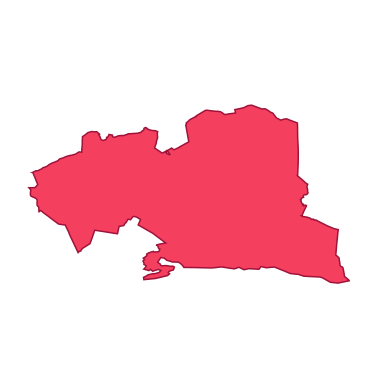 the district of Smiltenes pag., Smiltenes, Latvia, rotated 184°
{"feature_id": "27541924B96099783973372", "entity_name": "Smiltenes pag.", "entity_type": "district", "adm_level": 2, "iso_a3": "LVA", "parent_name": "Latvia", "parent_adm1": "Smiltenes", "projection": "robinson", "projection_center": [25.881, 57.456], "detail": "fine", "context": "isolated", "style": "filled", "palette": "rose", "viewbox_px": 384, "rotation_deg": 184, "n_neighbors": 0, "source": "geoboundaries", "source_scale": "gbopen_adm2", "svg_char_len": 5909}
<svg xmlns="http://www.w3.org/2000/svg" viewBox="0 0 384 384"><g transform="rotate(184 192 192)"><path d="M301.4,123.6L300.4,124.8L298.9,125.4L299.0,125.6L298.8,125.9L298.5,126.4L298.2,126.8L297.6,127.7L297.6,127.9L290.2,133.3L289.3,136.3L286.8,145.3L286.5,147.1L276.9,146.3L263.5,145.1L263.4,145.3L262.3,152.6L257.9,153.7L257.7,153.8L256.3,156.6L255.7,156.8L254.0,160.3L253.7,160.4L251.4,160.0L249.4,163.0L248.2,163.6L245.4,163.1L241.4,161.0L243.4,155.4L228.3,148.1L214.7,139.3L220.8,137.7L224.2,136.5L223.5,136.4L222.5,135.8L222.1,135.3L221.6,133.8L221.2,133.2L220.1,132.9L220.6,131.1L220.9,130.5L221.3,130.1L221.6,130.0L224.9,129.6L226.5,129.6L226.6,130.0L229.5,129.0L230.1,128.5L231.0,128.3L232.9,126.9L232.4,125.6L233.7,124.4L233.7,124.1L234.3,123.9L235.2,123.1L236.0,122.6L234.7,121.4L236.1,119.7L234.8,117.4L234.9,116.4L232.6,115.3L233.0,113.9L234.2,112.2L234.7,111.7L229.5,110.6L228.2,111.9L225.6,110.2L224.0,111.0L220.0,112.4L217.5,111.5L218.8,109.9L219.6,109.3L223.4,107.9L225.3,107.8L230.1,106.3L231.6,105.1L234.4,103.5L233.9,101.2L222.3,103.2L210.6,106.9L208.7,108.8L210.1,109.7L209.3,111.2L206.7,112.4L205.2,112.9L204.8,113.9L204.4,115.8L204.8,115.8L205.0,116.2L205.4,116.5L206.3,116.7L207.4,116.4L207.8,116.4L212.7,116.8L216.9,116.3L217.3,116.3L217.7,116.4L218.7,117.9L219.7,118.6L220.4,118.9L220.8,119.2L221.3,119.5L218.6,124.4L215.0,124.1L212.6,122.2L209.5,121.5L208.3,121.3L207.1,120.8L200.5,121.1L197.9,119.4L196.7,118.4L195.4,117.0L194.9,116.2L184.2,116.8L169.0,117.5L165.6,117.8L157.6,119.3L147.1,118.5L144.6,118.3L142.8,118.9L140.4,120.0L139.9,120.1L139.5,120.0L134.7,118.1L130.2,119.4L129.5,119.5L119.9,119.6L119.6,119.8L118.3,122.1L117.7,122.4L112.6,121.6L104.6,122.9L94.0,119.5L88.3,117.5L79.9,117.2L74.5,115.8L63.9,116.0L58.7,116.1L57.6,116.0L55.9,115.5L54.2,114.7L47.7,111.6L40.0,111.3L29.0,114.4L29.3,115.0L30.1,115.6L30.6,115.9L31.0,116.3L32.4,117.3L33.5,118.0L34.0,118.6L35.4,124.5L35.8,125.6L36.0,126.7L36.4,127.3L37.0,127.7L38.2,128.1L38.8,128.5L39.0,128.8L39.3,129.6L39.4,130.0L39.4,130.3L39.6,130.9L39.5,131.2L40.7,135.9L40.6,136.2L40.8,136.6L41.3,137.0L44.2,139.3L44.1,143.0L44.0,151.1L43.8,155.0L43.7,161.0L43.5,164.7L47.6,165.3L54.7,167.7L64.5,171.8L66.0,172.6L66.5,172.7L67.5,172.4L68.0,172.4L68.3,172.7L68.3,172.9L68.4,173.1L68.7,173.3L69.8,173.3L70.8,173.0L71.6,173.7L72.3,174.1L73.7,174.5L74.0,174.5L74.4,174.7L74.8,174.7L75.1,174.9L75.4,174.8L76.4,175.0L76.7,174.9L77.2,175.1L79.0,175.3L79.7,175.2L80.2,175.4L80.3,175.8L80.7,175.7L81.2,176.0L80.8,176.1L80.7,176.2L80.6,176.4L78.8,181.4L76.9,185.9L76.9,186.2L76.9,186.5L77.1,186.6L77.9,186.8L79.2,186.1L79.7,186.0L80.1,186.1L80.4,186.3L80.5,186.6L80.5,187.0L80.3,187.1L80.1,187.1L80.1,186.8L79.8,186.8L79.7,186.9L79.9,187.4L80.3,187.3L80.6,187.4L80.6,187.7L81.4,188.2L81.8,188.6L81.9,189.0L82.2,189.3L82.3,190.0L82.5,190.1L82.8,190.5L82.6,191.2L82.6,191.4L82.7,191.6L83.0,191.7L83.3,192.0L82.4,192.7L82.3,193.0L82.4,193.5L81.1,194.1L80.3,194.6L80.7,195.3L80.6,196.1L80.3,196.6L79.9,197.0L79.4,197.2L78.0,197.2L77.7,197.4L77.6,197.6L77.2,197.7L76.5,198.5L76.2,199.5L76.8,200.8L76.8,202.4L77.3,203.9L77.8,205.1L77.4,207.0L77.1,207.8L79.0,208.8L82.9,211.9L87.9,215.5L87.7,215.6L87.8,216.0L88.1,228.2L88.6,237.2L89.2,243.9L90.3,252.8L91.4,265.9L91.7,268.2L99.0,270.4L102.4,271.5L103.2,271.6L105.3,271.1L108.4,269.9L112.8,271.7L117.0,276.4L119.2,277.1L121.8,278.7L124.6,280.0L125.2,280.1L128.1,279.7L138.6,282.8L142.1,282.1L142.9,281.7L145.7,280.0L147.6,279.3L150.9,278.3L155.0,277.2L154.1,273.9L156.4,273.3L156.7,273.3L159.7,272.7L164.8,271.5L166.3,272.5L167.7,273.3L169.3,274.1L172.3,274.3L172.8,274.2L175.6,274.2L182.3,274.6L183.1,274.6L184.4,274.3L192.6,268.6L193.5,267.7L193.3,267.5L194.1,267.2L199.1,264.1L201.2,261.8L202.6,260.4L202.2,259.3L202.4,258.8L202.9,258.4L198.7,241.8L207.0,236.5L206.9,236.4L207.0,236.3L212.7,232.9L213.7,233.3L215.4,234.4L216.5,233.6L219.3,231.8L219.8,231.7L216.6,228.0L217.3,227.7L217.6,227.9L218.6,228.0L219.9,228.7L220.1,228.8L220.1,229.1L220.1,229.6L220.7,229.5L220.8,229.6L220.7,229.8L220.3,230.2L220.3,230.3L220.4,230.6L220.8,230.9L224.4,228.7L232.4,233.3L231.1,238.1L230.9,240.4L230.1,243.8L230.7,248.2L230.5,249.9L233.1,250.6L236.5,250.6L238.8,251.1L240.8,251.8L241.2,252.3L241.6,252.2L242.0,252.8L243.0,253.1L244.2,252.3L244.4,251.8L244.3,250.8L245.3,249.8L246.3,249.1L247.0,248.0L250.6,246.8L258.8,245.7L258.9,245.8L259.6,245.6L260.4,245.3L260.5,245.2L260.6,244.9L260.8,244.8L262.2,244.4L262.6,244.2L263.2,243.9L264.4,243.6L265.3,243.4L265.7,243.2L266.2,243.3L266.4,243.5L266.6,243.5L266.8,243.3L269.1,243.0L273.0,241.2L274.5,241.4L275.0,241.6L275.3,243.2L278.8,243.6L279.7,241.0L281.0,240.6L280.8,239.6L281.8,238.1L282.5,238.0L284.1,237.2L285.4,237.5L286.3,238.0L286.5,238.3L286.8,238.7L287.8,241.1L288.9,242.5L288.2,243.2L289.0,243.8L291.2,245.5L293.8,245.2L296.1,245.4L299.8,244.1L303.0,241.2L305.1,239.6L305.0,234.7L304.8,232.5L304.9,226.6L304.8,224.0L307.1,224.1L307.5,224.1L309.3,222.8L310.4,221.9L311.0,221.6L312.3,221.2L314.2,220.4L316.6,219.9L317.3,219.5L318.6,219.2L321.2,218.0L323.2,216.9L326.0,215.9L326.4,215.7L326.8,215.3L327.2,214.9L327.6,214.2L328.1,213.7L329.5,213.1L331.1,212.2L333.5,211.2L334.0,210.9L335.1,210.2L336.3,209.5L338.3,207.7L339.8,206.8L340.4,206.5L341.9,206.1L342.5,205.7L343.7,204.5L344.7,204.0L347.1,202.6L347.7,202.4L348.9,202.3L349.4,202.2L351.0,201.2L352.4,200.4L352.2,200.4L350.5,196.9L349.7,195.6L348.9,193.7L346.4,188.7L347.8,186.8L349.0,185.4L355.0,184.9L353.2,183.1L353.0,182.6L353.0,181.9L353.1,180.6L353.1,178.9L352.9,177.8L352.7,177.1L352.3,176.7L351.5,176.3L347.4,174.8L346.7,174.2L346.1,173.5L345.9,172.7L345.8,172.0L345.9,170.9L345.7,169.3L345.6,168.1L345.3,167.5L344.1,166.5L343.7,165.3L343.3,161.6L343.2,161.6L341.6,163.0L338.4,160.7L333.4,157.6L331.6,156.3L323.2,150.9L322.3,150.6L316.1,150.2L315.1,148.4L313.4,145.4L312.3,143.5L311.7,142.1L310.8,140.3L301.4,123.6Z" fill="#f43f5e" stroke="#9f1239" stroke-width="1.5"/></g></svg>